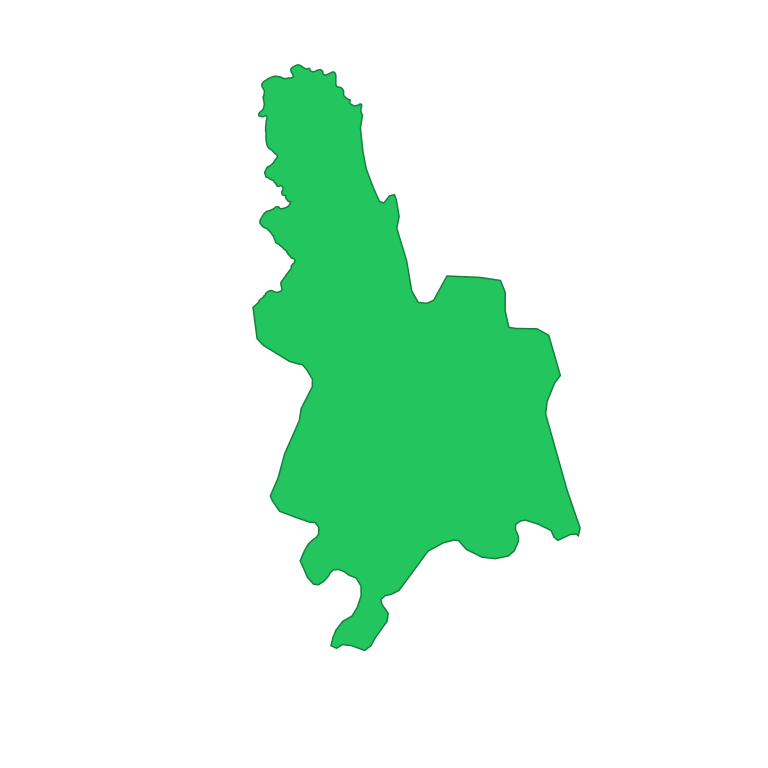 Suárez, Canelones, Uruguay (Equal Earth projection), rotated 116°
{"feature_id": "84410073B82028195358702", "entity_name": "Suárez", "entity_type": "district", "adm_level": 2, "iso_a3": "URY", "parent_name": "Uruguay", "parent_adm1": "Canelones", "projection": "equal_earth", "projection_center": [-56.061, -34.736], "detail": "fine", "context": "isolated", "style": "filled", "palette": "green", "viewbox_px": 768, "rotation_deg": 116, "n_neighbors": 0, "source": "geoboundaries", "source_scale": "gbopen_adm2", "svg_char_len": 6051}
<svg xmlns="http://www.w3.org/2000/svg" viewBox="0 0 768 768"><g transform="rotate(116 384 384)"><path d="M642.4,317.0L642.3,310.8L636.4,307.0L633.4,298.6L632.0,284.5L624.9,281.0L615.1,280.5L595.8,277.2L588.4,279.6L583.0,289.2L579.1,292.3L573.7,290.2L569.8,285.2L562.9,280.0L539.3,275.6L515.0,271.2L500.7,261.0L493.5,252.6L492.1,248.2L494.2,243.3L496.6,237.1L496.6,229.0L496.7,219.9L492.2,207.4L483.9,196.7L476.9,193.8L466.3,194.2L462.1,196.4L456.9,202.3L452.3,204.1L447.1,201.1L444.4,197.3L443.5,191.8L442.4,183.9L442.4,169.6L447.0,164.3L448.4,159.3L437.3,150.3L434.6,145.5L435.2,142.8L427.5,144.6L399.5,172.6L340.2,225.5L328.4,229.7L308.4,231.1L299.1,229.2L268.1,257.2L267.3,270.6L276.3,289.9L278.3,296.6L265.0,307.3L248.6,315.1L239.9,324.7L246.1,344.4L259.3,374.7L287.0,376.1L292.5,380.6L295.7,388.8L288.2,399.9L263.4,417.6L238.5,440.7L226.9,443.8L212.9,453.8L209.3,457.7L212.4,461.5L221.5,463.5L221.8,468.3L212.3,479.6L198.6,494.1L184.9,504.5L164.3,517.4L151.4,521.3L151.0,522.6L150.3,523.3L149.1,524.2L147.9,524.9L146.7,525.3L145.3,525.7L143.8,526.0L143.0,526.3L142.6,527.0L142.6,527.8L143.1,528.6L144.0,529.0L144.7,529.5L145.2,530.1L146.0,531.1L146.7,531.7L147.1,532.8L147.2,533.7L147.1,535.1L147.1,536.2L146.8,537.3L146.2,538.1L145.5,538.5L144.8,538.6L144.0,538.7L143.4,539.3L143.8,539.7L143.9,540.6L143.6,541.8L143.5,543.1L143.2,544.6L142.7,545.9L141.7,547.1L140.7,547.7L138.8,548.4L137.8,549.5L137.1,550.4L136.8,551.5L136.5,552.6L136.6,553.5L136.9,554.6L137.3,555.8L137.2,557.2L136.4,558.2L135.2,558.9L134.0,559.5L132.6,560.2L131.5,560.8L130.2,561.4L128.8,562.0L128.0,562.5L126.7,563.4L125.9,564.6L125.6,565.9L126.2,567.1L127.3,568.0L128.5,568.9L129.8,569.9L131.1,571.1L132.0,572.0L132.4,573.2L132.3,574.3L131.4,575.2L130.4,575.7L129.7,576.4L129.5,577.3L129.3,578.2L129.4,579.2L130.2,580.3L131.1,581.2L132.2,582.2L133.4,583.2L134.2,583.9L134.7,585.3L134.8,586.5L134.6,587.6L133.8,588.4L133.0,589.2L133.2,590.0L134.4,591.0L135.1,592.4L135.0,594.2L134.7,596.3L134.4,598.2L134.4,599.9L135.0,601.5L136.2,602.7L137.4,603.7L138.8,604.7L140.4,605.4L141.7,605.8L142.7,605.4L143.7,604.6L144.7,603.6L145.5,602.0L146.4,600.8L147.7,600.2L149.0,601.0L150.0,602.2L150.9,604.0L152.0,605.4L152.8,606.8L153.4,608.2L153.4,609.4L153.4,611.0L153.7,612.6L154.2,614.4L154.7,615.9L155.1,617.0L156.1,618.2L157.5,619.6L158.8,620.7L159.8,621.7L161.1,622.3L162.4,623.1L163.4,623.8L164.9,624.6L166.1,625.0L167.7,625.2L169.0,624.8L170.2,623.9L170.9,622.9L171.6,621.9L172.2,621.0L173.2,619.8L174.5,619.4L175.7,619.0L176.6,618.7L177.6,618.4L178.7,618.5L179.5,618.3L180.3,617.6L181.8,616.5L183.5,615.2L185.3,614.1L187.0,613.6L189.1,613.2L190.8,613.2L191.9,613.6L193.2,614.4L194.5,614.8L195.7,615.0L197.2,614.5L197.8,613.8L197.8,613.1L197.4,611.5L197.1,610.4L196.4,609.5L195.4,608.7L194.8,607.6L194.9,606.6L195.9,605.8L197.4,605.4L198.9,605.3L200.7,604.6L202.4,603.8L204.4,603.3L206.0,602.5L207.6,601.8L209.0,601.0L210.2,600.0L211.6,599.3L213.7,598.5L215.3,597.6L217.3,596.4L218.5,595.4L219.3,594.9L220.1,594.1L221.1,593.3L221.8,592.4L222.2,591.4L222.7,590.4L222.9,589.0L222.9,587.8L223.4,586.4L223.8,585.1L224.5,583.9L224.8,582.9L224.8,581.7L224.9,581.1L225.3,580.4L225.8,580.0L226.4,579.5L227.0,579.4L227.9,579.5L228.6,579.5L229.6,579.9L230.5,580.1L231.6,580.3L232.6,580.3L233.7,580.4L234.7,580.8L236.1,581.3L237.4,581.8L238.4,582.4L239.2,583.4L240.3,583.9L241.7,584.1L243.6,584.0L245.0,584.0L245.6,584.1L246.4,583.9L247.3,583.2L247.8,582.4L248.8,581.7L249.6,581.0L249.6,580.0L249.4,579.0L249.5,577.8L249.7,576.8L249.8,575.7L249.7,574.3L249.6,573.1L249.9,572.1L250.3,571.6L250.7,570.8L250.8,570.1L251.3,569.1L251.9,568.4L252.6,567.5L253.0,566.5L252.7,565.7L252.3,565.2L251.6,564.3L250.9,563.6L250.9,562.7L251.0,561.8L251.6,561.0L252.7,560.3L253.1,560.2L253.8,560.1L255.0,560.2L256.2,560.1L257.6,559.2L258.5,558.2L258.5,557.3L258.3,556.5L258.0,555.8L258.0,555.0L259.0,554.4L260.0,553.7L260.7,552.5L261.4,551.1L261.8,549.9L261.6,549.1L261.2,548.3L260.9,547.6L262.0,547.7L263.2,547.4L264.5,547.5L266.3,548.1L267.7,548.9L268.9,549.8L270.4,551.7L271.8,553.4L271.7,555.0L271.1,555.7L271.3,557.6L272.5,559.0L274.4,559.7L275.9,560.8L277.7,562.3L279.4,563.9L280.2,565.1L282.4,566.1L284.5,566.7L286.5,566.7L288.8,567.0L290.6,567.2L292.3,566.8L293.9,565.9L294.6,564.5L294.9,563.6L295.6,562.4L295.9,560.5L295.7,558.5L295.9,556.6L296.5,555.1L297.2,553.0L298.6,550.2L300.1,547.7L301.8,546.0L303.1,544.2L303.5,544.0L304.1,543.7L304.3,543.3L304.6,542.5L304.7,541.8L304.5,540.7L304.4,539.8L304.7,539.1L305.0,538.5L305.3,537.5L305.5,536.2L305.7,535.1L305.8,534.3L306.5,533.7L306.8,532.2L307.0,530.8L307.5,529.7L308.4,528.7L309.1,527.4L309.7,526.2L310.2,524.9L310.5,523.9L311.0,523.4L311.2,522.9L311.3,521.8L311.0,520.7L310.9,519.9L311.2,519.2L311.6,518.4L312.8,517.9L314.0,518.0L315.2,518.1L316.7,518.8L318.9,519.1L319.9,518.2L321.9,518.2L323.6,518.7L325.7,519.1L327.2,519.4L328.4,519.7L329.9,519.9L331.2,519.9L332.4,520.3L333.2,520.3L334.2,520.6L335.1,520.7L336.7,521.0L338.1,521.1L339.1,520.7L339.7,520.3L340.6,519.5L341.7,518.8L342.1,518.3L342.8,517.8L343.5,517.5L344.4,517.0L345.3,517.1L345.9,517.7L346.7,518.3L347.5,519.1L348.4,520.0L348.9,521.1L349.2,522.3L349.2,523.9L349.2,525.1L349.4,526.4L349.8,527.1L350.8,528.0L351.7,528.9L352.8,529.3L354.4,530.0L355.3,529.9L356.3,529.7L356.7,530.0L357.4,530.6L358.6,530.5L359.8,530.9L360.8,531.6L362.4,532.2L363.5,532.6L364.6,532.7L366.0,532.6L367.1,533.0L368.6,533.8L369.8,534.1L370.9,534.6L371.7,535.1L372.6,535.3L384.4,527.5L398.8,518.0L402.2,509.1L405.1,478.9L403.7,470.4L402.3,466.0L405.1,459.6L411.0,450.5L418.1,447.2L442.3,447.7L454.0,444.1L490.3,442.7L514.8,438.0L534.5,437.1L537.9,433.1L544.2,422.0L543.5,415.5L542.5,404.3L540.8,390.4L538.8,385.2L541.3,379.9L547.8,376.9L551.8,377.7L556.7,380.3L561.0,381.8L569.3,382.4L579.7,381.8L585.4,374.9L591.4,368.0L594.8,359.5L593.1,354.8L587.7,351.6L581.4,349.8L577.5,349.6L573.5,348.2L570.5,343.4L570.1,336.9L571.2,332.1L570.6,323.9L575.7,316.1L584.4,311.7L596.4,310.1L606.5,311.0L615.4,317.1L626.6,319.3L634.4,318.7L642.4,317.0Z" fill="#22c55e" stroke="#15803d" stroke-width="1.5"/></g></svg>